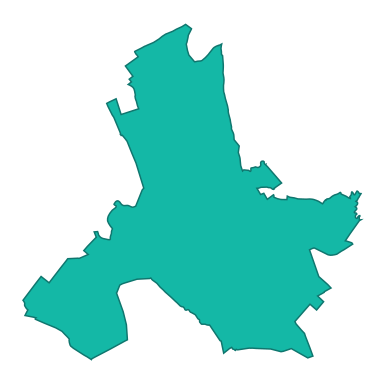 Cauas, Satu Mare, Romania
{"feature_id": "2599482B72744366399171", "entity_name": "Cauas", "entity_type": "district", "adm_level": 2, "iso_a3": "ROU", "parent_name": "Romania", "parent_adm1": "Satu Mare", "projection": "albers", "projection_center": [22.564, 47.598], "detail": "fine", "context": "isolated", "style": "filled", "palette": "teal", "viewbox_px": 384, "rotation_deg": 0, "n_neighbors": 0, "source": "geoboundaries", "source_scale": "gbopen_adm2", "svg_char_len": 5964}
<svg xmlns="http://www.w3.org/2000/svg" viewBox="0 0 384 384"><path d="M223.7,353.2L229.7,348.4L231.7,347.4L232.8,349.1L234.1,349.4L235.1,350.3L235.5,350.4L235.9,349.5L236.2,349.3L237.3,349.8L237.9,349.8L249.2,348.1L251.1,348.2L251.9,348.1L255.8,348.4L270.7,349.0L281.0,351.7L283.3,351.3L291.3,348.6L307.8,357.9L312.9,356.1L309.8,347.6L305.4,336.2L304.5,333.4L301.3,330.0L296.4,324.3L296.1,324.0L294.9,321.5L310.0,304.2L316.6,310.0L323.6,301.7L317.6,296.0L324.1,292.4L324.3,292.2L324.3,291.9L324.3,291.7L331.0,288.0L327.7,284.5L318.8,276.6L309.5,249.8L312.2,248.5L313.9,248.0L314.4,248.0L328.1,254.8L330.4,255.2L332.3,255.1L334.8,254.7L336.8,254.2L341.3,251.2L344.0,249.7L352.7,244.1L351.8,242.8L346.9,241.2L345.3,240.8L350.3,233.4L359.2,220.9L360.0,220.2L360.6,220.0L360.9,219.8L359.7,219.9L359.3,219.5L359.2,219.2L359.3,218.4L359.2,217.1L359.9,216.2L359.9,215.9L359.8,215.6L359.6,215.6L359.0,215.8L358.1,216.5L357.5,217.9L357.2,218.2L356.9,218.4L356.5,218.4L355.6,217.6L355.5,217.4L355.4,216.9L355.4,216.2L355.5,215.5L355.7,215.1L356.8,214.2L356.8,213.9L356.3,213.2L355.9,213.0L354.8,212.9L354.4,212.6L354.3,212.3L354.4,211.9L356.7,209.2L356.8,208.9L356.7,208.1L355.6,207.1L355.9,207.1L355.9,206.3L356.0,205.9L356.8,205.1L357.3,204.5L357.6,203.7L357.6,203.0L357.4,202.3L355.9,201.3L357.4,200.0L358.1,198.4L359.1,197.0L359.8,195.5L360.5,194.6L361.0,193.6L359.8,193.5L359.2,193.3L358.9,192.9L358.1,191.7L357.5,191.2L357.0,191.1L356.8,191.3L354.9,194.6L354.6,194.8L354.2,194.8L353.8,194.4L352.8,192.6L352.2,192.0L351.9,191.9L351.5,192.5L351.5,193.6L351.4,193.6L351.3,194.4L351.2,194.7L350.8,195.4L349.9,196.6L349.8,196.8L349.8,197.1L350.3,197.7L350.4,198.1L350.4,198.5L348.7,197.9L346.2,196.3L341.3,194.1L341.1,193.9L340.8,192.8L340.6,192.6L340.2,192.4L338.4,193.6L337.3,194.1L335.9,194.6L335.2,194.7L333.3,195.6L331.9,196.5L329.6,198.4L328.3,198.8L327.0,198.9L325.9,200.2L325.5,199.9L324.2,201.4L322.8,203.6L322.5,203.8L318.5,201.3L316.1,200.3L313.7,199.5L312.1,199.2L309.7,199.0L306.1,199.2L298.0,198.9L294.3,197.9L289.6,197.2L287.3,196.1L286.9,199.6L281.0,199.5L277.5,198.7L274.0,197.3L273.8,195.0L273.8,194.6L274.0,194.4L267.3,199.3L263.8,193.3L260.6,194.5L256.9,188.3L258.4,188.2L261.0,187.3L266.9,187.1L268.4,187.6L270.5,187.7L272.6,189.2L273.7,189.4L274.3,188.8L274.0,188.4L281.6,183.0L267.5,166.7L265.7,164.9L265.9,164.3L265.6,164.4L264.9,164.2L264.4,163.7L264.2,163.2L264.2,162.0L264.0,161.6L263.4,161.2L263.0,161.1L262.2,161.2L261.7,161.3L260.9,162.0L260.6,163.0L260.8,164.7L260.7,165.2L260.4,166.1L259.6,166.8L258.7,167.3L258.1,167.5L257.6,167.5L256.5,167.2L255.4,166.9L253.8,167.5L251.1,168.0L250.9,168.4L250.9,170.7L250.8,171.0L250.3,171.4L249.9,171.3L248.7,170.4L243.8,169.9L243.5,170.1L242.6,171.0L242.1,169.8L240.7,165.6L240.0,158.3L239.7,157.0L238.3,152.5L239.2,146.0L234.1,139.7L233.9,136.1L233.7,134.4L233.3,133.1L231.4,128.9L231.5,128.2L231.5,126.8L230.6,122.4L230.2,119.7L228.5,113.3L228.2,111.2L228.3,110.2L227.5,105.9L225.3,98.3L224.5,94.5L223.7,91.8L223.5,88.4L223.5,85.3L223.8,83.1L224.0,79.9L223.8,77.5L223.0,73.0L223.3,67.2L223.3,65.0L222.6,55.7L221.5,54.4L221.4,51.6L221.2,49.9L221.1,49.6L221.0,48.3L221.3,45.9L221.7,44.0L218.8,45.5L218.6,45.3L216.3,46.2L214.2,47.4L213.1,48.4L209.6,52.8L208.4,54.4L205.4,57.6L202.0,60.5L200.5,61.0L197.6,61.2L194.8,61.8L194.5,61.7L193.8,60.9L188.9,55.1L188.7,54.5L187.5,50.6L186.3,44.3L186.4,43.6L186.9,42.4L188.0,37.4L188.3,35.3L191.4,29.1L191.5,28.7L185.6,24.4L181.9,26.7L176.4,29.2L172.7,31.3L165.7,34.1L162.3,36.3L159.0,39.0L153.5,42.5L147.2,45.2L145.3,46.1L144.8,46.2L141.4,48.1L134.8,51.4L134.7,51.5L134.8,52.0L136.2,54.4L136.4,54.4L138.2,56.8L125.4,66.0L132.9,76.3L129.2,79.2L131.4,81.9L128.2,84.5L129.4,85.0L131.5,86.2L133.0,87.4L134.0,89.0L134.6,91.1L135.4,95.3L135.2,95.6L135.0,96.1L135.3,98.2L135.8,99.9L136.3,101.0L137.5,105.8L138.7,108.8L121.1,114.5L116.1,98.8L109.5,101.9L106.7,103.4L107.9,106.3L112.3,115.1L113.8,117.3L120.1,132.4L120.6,133.9L120.3,134.2L121.2,135.5L122.3,135.3L125.0,138.5L127.1,141.3L132.0,153.5L136.0,163.0L143.7,188.0L143.7,188.4L142.6,189.4L142.2,190.0L135.7,206.2L133.4,207.1L132.4,207.2L131.4,206.9L128.5,205.6L127.3,205.4L124.7,205.6L123.3,205.5L121.7,204.6L120.7,203.4L119.9,202.2L118.6,201.1L117.9,200.9L117.1,200.9L116.8,201.0L115.7,201.7L115.3,202.2L114.0,204.2L114.2,204.6L114.9,205.2L116.1,205.9L116.1,206.8L116.0,207.2L115.4,207.8L112.3,210.2L110.3,212.7L109.7,213.6L108.5,215.7L108.1,216.7L107.6,218.7L107.6,220.9L108.6,223.3L110.4,226.1L112.4,228.6L112.4,229.0L111.9,230.1L111.5,231.4L111.4,233.5L110.5,236.2L110.3,237.4L110.3,238.8L110.3,239.2L109.8,239.7L108.1,239.6L102.9,238.5L101.3,237.8L100.2,237.0L98.9,235.5L98.6,234.9L98.2,233.3L97.6,231.6L94.2,231.9L96.3,237.4L95.9,237.6L87.5,246.3L83.8,250.6L88.2,254.5L79.4,258.3L78.8,258.4L78.1,258.2L67.8,258.7L67.5,259.0L66.1,260.9L60.8,267.6L49.1,282.8L41.1,276.5L36.2,282.8L23.0,300.3L24.0,301.6L24.7,303.1L24.6,304.8L24.6,305.3L24.9,306.1L26.4,308.5L27.2,309.3L27.9,309.9L26.8,311.9L25.0,315.5L33.6,317.2L35.8,317.8L35.5,318.0L35.4,318.4L35.3,319.2L44.0,323.0L55.9,327.9L62.0,331.3L64.6,334.1L66.9,336.4L69.2,338.9L69.2,339.3L69.1,340.5L69.4,342.7L70.1,345.1L70.8,346.2L72.1,347.2L73.3,348.2L84.2,355.2L87.1,356.8L91.4,359.6L91.6,359.1L91.8,358.8L94.7,357.2L110.0,349.2L124.8,341.1L127.4,339.8L126.4,324.8L123.2,311.8L116.5,293.0L116.7,292.9L119.8,285.1L122.3,283.8L124.3,283.1L137.0,279.2L149.8,278.5L150.8,278.0L152.0,279.6L152.8,280.3L156.4,282.9L157.1,283.5L160.1,287.1L163.2,289.9L165.3,292.1L171.2,297.3L175.5,301.4L177.0,302.7L180.3,306.0L181.8,306.7L182.9,306.8L183.8,307.5L184.4,308.3L185.0,309.7L185.7,310.1L186.6,310.1L187.8,309.6L188.4,309.7L189.2,310.3L189.7,311.3L190.4,312.1L192.1,312.9L195.1,314.6L195.5,315.0L197.9,318.7L198.4,319.1L199.4,319.6L199.5,320.0L199.6,321.5L199.7,322.1L201.3,324.0L201.8,324.2L205.1,324.2L206.6,324.8L208.0,325.1L209.6,325.1L209.8,325.3L219.9,340.4L220.3,340.8L221.2,341.1L222.9,349.4L223.7,353.2Z" fill="#14b8a6" stroke="#0f766e" stroke-width="1.5"/></svg>